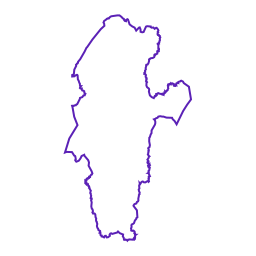 Tarkwa Nsuaem, Western, Ghana (Natural Earth projection)
{"feature_id": "2480657B19905724513669", "entity_name": "Tarkwa Nsuaem", "entity_type": "district", "adm_level": 2, "iso_a3": "GHA", "parent_name": "Ghana", "parent_adm1": "Western", "projection": "natural_earth1", "projection_center": [-2.01, 5.137], "detail": "fine", "context": "isolated", "style": "outline", "palette": "violet", "viewbox_px": 256, "rotation_deg": 0, "n_neighbors": 0, "source": "geoboundaries", "source_scale": "gbopen_adm2", "svg_char_len": 5741}
<svg xmlns="http://www.w3.org/2000/svg" viewBox="0 0 256 256"><path d="M188.9,86.7L183.8,83.1L183.0,81.6L181.3,80.7L180.6,80.9L180.3,81.4L178.4,81.9L178.0,82.7L178.1,83.0L177.3,82.8L176.9,83.4L176.4,83.4L176.0,84.2L176.3,85.4L175.9,85.3L175.3,86.0L174.5,85.9L174.9,85.1L173.7,85.0L173.7,84.0L173.1,84.0L172.4,84.5L172.9,83.6L172.3,83.3L171.3,83.4L171.1,83.9L170.8,83.5L170.5,84.2L170.0,84.4L169.6,83.9L168.1,84.4L168.0,85.1L168.3,85.3L167.9,85.8L168.3,86.2L168.0,87.2L168.3,88.5L167.6,89.6L167.6,90.2L166.9,90.5L166.6,91.2L165.6,91.5L165.3,91.3L165.5,92.4L165.0,92.8L164.5,92.6L164.5,93.1L164.1,93.2L163.9,94.0L163.5,94.1L163.5,94.4L163.0,94.0L162.8,94.7L162.5,94.6L161.6,94.3L161.4,93.9L160.2,93.9L158.2,93.1L157.9,93.6L156.1,94.0L156.1,94.4L156.6,94.4L156.8,95.1L155.5,96.3L154.8,96.0L153.8,98.1L151.7,97.1L149.9,95.4L148.9,91.6L149.2,89.8L148.9,88.6L147.1,87.2L146.4,85.6L146.5,82.9L147.0,82.2L146.2,81.5L146.5,81.1L146.1,80.4L146.4,79.1L146.7,78.9L146.2,78.3L146.4,77.6L145.7,77.0L145.6,75.9L146.0,75.1L145.1,73.8L144.3,73.9L144.3,72.8L145.2,71.9L145.0,70.7L145.9,69.2L145.6,68.1L146.2,66.2L146.1,65.1L146.4,64.7L147.5,64.6L148.4,63.3L149.1,60.9L149.0,59.6L149.3,59.1L149.7,58.8L150.0,58.9L150.9,58.2L152.7,58.0L154.2,57.1L154.5,56.4L154.3,55.5L154.3,55.2L154.9,55.1L154.9,54.4L155.3,54.2L155.9,54.4L157.3,53.6L157.2,51.2L157.7,50.9L158.3,51.5L158.8,51.3L158.5,49.6L159.0,49.5L159.0,49.0L158.9,48.5L158.3,48.1L158.4,44.9L157.8,44.4L157.7,43.8L159.0,43.6L158.8,42.6L159.3,42.4L159.5,40.9L159.9,40.5L159.9,39.2L159.7,38.7L160.3,37.3L159.7,36.5L159.8,36.0L158.9,35.7L158.8,35.0L157.9,35.0L157.6,34.5L157.6,33.2L158.2,32.6L157.7,31.8L158.4,30.6L158.0,29.5L156.6,27.8L156.1,27.8L154.6,28.8L153.4,27.5L151.7,27.7L150.7,27.1L150.7,26.5L147.1,26.2L146.0,26.6L143.6,32.0L142.2,32.3L140.6,31.8L140.5,29.3L139.7,27.4L139.0,27.6L136.2,30.6L134.6,27.6L132.2,26.4L129.6,24.4L128.0,19.6L127.4,19.2L126.1,19.9L126.0,21.2L124.8,20.9L124.1,20.0L123.8,18.8L122.8,18.4L121.5,16.9L119.5,15.4L117.3,15.4L111.2,16.3L109.8,17.2L108.9,18.4L108.2,18.2L107.8,18.7L106.8,18.8L106.2,19.5L104.1,21.0L103.5,22.6L104.1,23.4L104.4,25.8L100.8,29.1L92.5,39.4L87.1,47.2L86.5,47.7L84.6,51.6L80.2,59.2L78.0,61.9L78.0,62.7L77.7,63.3L76.9,63.6L76.7,64.2L76.0,64.8L76.2,65.9L74.3,69.6L73.9,73.8L73.3,74.6L72.2,75.0L72.2,76.5L74.5,76.3L75.1,75.6L76.6,74.9L77.2,74.9L77.6,75.4L77.9,79.5L78.6,80.5L79.3,82.8L79.9,83.7L79.9,85.1L80.2,86.1L81.0,86.1L80.2,87.1L79.9,88.0L80.3,88.4L81.8,88.5L81.6,89.2L82.3,90.5L83.5,90.7L84.2,91.2L84.4,93.0L85.4,93.7L84.7,95.3L83.6,95.3L82.3,97.1L80.0,97.9L79.8,99.0L77.2,104.2L76.4,104.5L75.8,105.3L75.1,105.2L73.8,105.9L73.3,105.7L72.1,105.8L72.5,107.1L74.2,116.7L77.5,125.1L69.3,138.5L65.0,152.5L66.6,151.9L72.0,152.1L74.2,155.6L75.1,156.0L75.3,156.4L75.8,159.3L75.2,160.1L76.0,161.5L76.4,161.7L78.8,160.7L80.5,158.4L81.6,156.0L84.2,154.8L84.4,155.7L88.2,160.2L89.0,162.5L88.6,165.7L91.6,171.2L92.4,173.4L91.8,174.5L91.4,174.5L90.2,175.9L90.1,176.9L89.3,176.8L89.2,177.5L88.9,177.3L88.8,177.8L88.0,178.0L87.9,178.7L86.8,178.6L86.4,179.2L86.6,179.8L86.2,179.9L86.0,180.9L85.3,180.5L85.3,182.5L85.7,182.9L85.4,183.3L86.2,184.1L86.5,183.8L86.5,184.1L86.8,184.1L86.9,184.6L87.9,184.2L88.1,185.2L88.6,185.7L88.5,186.2L89.1,186.4L89.3,187.0L89.0,187.9L89.7,188.3L89.8,189.3L90.8,190.6L90.2,193.0L90.8,193.7L90.8,194.8L91.2,195.8L90.6,198.3L91.0,198.8L91.7,198.7L91.7,199.3L91.1,200.4L91.7,202.3L91.3,206.4L91.8,208.7L92.3,209.0L92.8,210.2L92.9,211.6L92.4,212.4L93.1,213.6L94.1,213.4L94.8,213.7L95.3,214.5L95.6,217.4L96.2,218.4L96.0,220.0L96.3,221.4L96.9,222.1L96.8,222.7L97.3,223.9L96.9,225.9L97.1,226.9L97.6,228.2L98.1,228.6L98.4,230.0L100.0,230.9L99.6,232.7L100.4,232.6L100.5,235.0L101.2,235.7L101.7,235.7L101.7,236.5L103.5,236.8L103.6,237.2L104.1,237.4L105.0,235.9L105.8,235.8L106.8,237.4L108.1,237.2L109.9,235.8L109.6,234.6L110.3,233.6L111.2,233.3L112.2,233.9L117.2,232.5L118.0,231.5L119.8,233.2L123.1,234.5L122.8,236.4L123.7,237.7L124.0,239.7L125.0,239.9L125.7,239.5L127.2,240.3L127.4,240.6L128.1,239.7L128.7,239.8L129.2,239.4L133.0,239.7L133.4,239.0L134.3,239.6L135.0,238.8L134.8,238.0L135.0,237.5L134.5,237.3L135.0,236.6L135.3,235.2L135.8,234.8L135.4,234.8L135.3,234.5L135.1,234.8L134.9,234.7L135.0,233.5L134.3,233.1L134.6,232.4L134.6,231.6L133.5,230.6L132.2,230.9L131.2,230.5L131.3,229.3L131.0,228.4L131.6,227.0L131.4,225.5L131.7,224.5L133.2,223.8L134.0,223.1L134.9,220.5L136.2,219.0L136.4,218.0L137.4,217.3L136.9,210.3L133.6,206.0L133.5,205.5L134.5,204.1L136.3,203.5L137.0,201.9L138.0,201.4L138.4,200.5L138.3,198.7L138.9,195.8L138.9,194.9L139.6,194.1L139.4,193.5L139.7,192.6L139.0,191.1L138.7,189.5L139.4,188.5L139.1,185.7L139.8,183.8L139.7,183.2L140.3,183.9L141.4,182.1L142.4,181.5L142.9,181.5L143.8,182.3L145.3,182.4L147.5,181.1L148.2,181.1L148.6,181.8L149.0,181.4L148.9,181.0L148.6,180.9L148.9,178.9L148.5,178.7L148.9,177.6L148.6,176.9L149.0,176.3L149.7,176.2L149.4,175.7L149.6,175.3L149.1,174.6L148.8,173.4L148.1,173.2L148.5,173.0L148.4,172.2L148.8,172.0L148.6,170.8L149.2,170.3L149.7,167.9L149.8,167.4L149.6,167.2L148.6,167.3L148.0,165.7L148.6,165.1L149.3,165.4L149.9,165.1L149.6,164.5L149.1,164.3L149.3,163.6L148.2,163.7L147.7,163.1L148.1,162.3L147.6,162.0L148.5,161.1L147.4,159.7L148.5,158.1L148.9,156.7L149.4,156.3L148.5,155.6L147.9,154.4L148.2,154.2L148.2,152.8L148.6,151.9L148.3,151.0L148.8,150.6L148.7,149.3L148.2,148.6L148.4,147.8L149.5,147.1L149.9,145.1L149.2,141.5L149.3,137.7L149.9,137.0L150.7,134.4L151.5,133.2L151.6,130.4L154.9,124.7L155.3,123.2L155.3,121.6L154.9,120.3L154.0,119.3L155.4,118.8L156.1,118.2L157.5,117.8L158.3,116.6L160.2,116.2L162.2,116.6L163.5,116.6L166.4,117.6L172.1,117.8L172.7,119.2L174.6,121.0L176.6,124.3L183.2,110.9L187.2,104.6L191.0,99.4L188.9,86.7Z" fill="none" stroke="#5b21b6" stroke-width="2"/></svg>